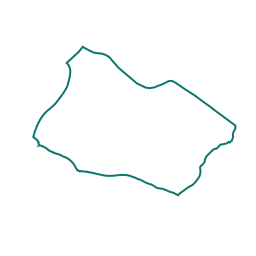 the district of Ahwar, Abyan, Yemen, rotated 39°
{"feature_id": "15242507B84026195338374", "entity_name": "Ahwar", "entity_type": "district", "adm_level": 2, "iso_a3": "YEM", "parent_name": "Yemen", "parent_adm1": "Abyan", "projection": "equal_earth", "projection_center": [46.668, 13.683], "detail": "fine", "context": "isolated", "style": "outline", "palette": "teal", "viewbox_px": 256, "rotation_deg": 39, "n_neighbors": 0, "source": "geoboundaries", "source_scale": "gbopen_adm2", "svg_char_len": 5521}
<svg xmlns="http://www.w3.org/2000/svg" viewBox="0 0 256 256"><g transform="rotate(39 128 128)"><path d="M60.2,194.7L60.5,194.7L61.2,194.5L61.9,194.5L62.1,194.5L62.3,194.7L62.6,194.5L64.9,194.6L65.3,194.7L65.6,194.9L66.0,194.9L66.6,195.0L67.1,195.2L67.5,195.3L67.7,195.6L67.7,195.8L67.7,196.1L68.0,196.2L68.3,196.4L68.7,196.6L68.9,196.8L69.2,196.8L69.3,196.9L69.7,197.3L69.9,197.3L69.9,197.5L70.1,197.2L70.4,197.1L70.8,196.8L71.5,196.5L72.1,196.3L72.5,196.1L73.0,196.1L73.6,195.9L74.1,195.8L75.0,195.6L75.8,195.4L76.8,195.2L77.1,195.2L77.3,195.2L77.6,195.2L77.8,195.3L78.0,195.3L78.2,195.2L78.7,195.2L79.7,195.0L79.8,195.1L79.9,195.3L80.2,195.2L81.5,195.1L82.0,194.9L82.7,194.7L82.9,194.7L83.1,194.6L83.7,194.6L83.9,194.4L84.4,194.3L84.7,194.2L85.0,194.0L85.3,194.0L85.6,194.0L85.9,194.1L86.0,194.1L86.1,193.9L86.5,193.7L87.0,193.6L87.4,193.4L87.7,193.3L88.1,193.2L88.6,193.0L88.9,192.8L89.1,192.8L89.3,192.6L90.6,192.1L91.8,191.8L92.2,191.6L92.8,191.4L93.1,191.4L94.1,191.2L94.4,191.1L95.0,191.1L95.8,190.8L97.1,190.4L97.4,190.3L97.8,190.2L98.2,190.0L98.3,190.0L98.5,190.0L98.8,189.8L99.0,189.9L99.6,189.8L100.4,189.6L100.6,189.6L100.9,189.5L101.1,189.5L101.8,189.4L101.9,189.5L102.1,189.5L102.5,189.4L102.8,189.5L103.4,189.5L104.2,189.6L105.2,189.6L105.7,189.8L106.6,189.8L108.1,190.1L109.1,190.4L109.3,190.5L109.5,190.5L110.0,190.7L110.2,190.8L110.8,191.1L111.3,191.2L111.7,191.4L112.6,191.8L113.2,192.1L114.0,192.3L114.3,192.4L114.6,192.4L115.1,192.4L115.2,192.6L115.3,192.5L115.5,192.5L116.7,192.2L117.3,191.9L117.5,191.9L117.6,192.0L117.7,191.8L117.9,191.8L118.1,191.5L118.3,191.5L118.3,191.4L118.5,191.3L119.2,190.7L121.0,189.6L122.1,188.9L122.3,188.8L122.7,188.5L123.3,188.2L123.8,187.8L124.1,187.7L124.3,187.5L124.5,187.5L124.9,187.2L125.1,187.2L125.6,186.9L126.2,186.5L127.1,186.1L127.8,185.7L128.7,185.2L129.3,184.9L131.0,184.0L131.6,183.8L132.5,183.3L133.6,182.8L134.3,182.4L134.8,182.2L135.0,182.1L136.5,181.3L138.2,180.5L139.1,180.0L139.7,179.6L140.0,179.5L142.0,178.2L143.5,177.0L145.7,175.2L148.3,172.7L150.5,170.4L152.7,168.3L152.9,168.2L153.1,168.0L153.5,167.7L153.9,167.4L155.0,166.5L155.9,165.9L156.3,165.7L156.5,165.6L157.2,165.1L157.4,165.0L157.7,164.9L158.8,164.3L159.8,163.9L160.7,163.6L161.7,163.2L162.3,163.0L162.5,162.9L162.9,162.8L163.5,162.6L164.2,162.4L164.8,162.1L165.2,162.0L165.7,161.9L166.0,161.8L166.4,161.8L166.6,161.7L167.2,161.6L167.6,161.6L167.8,161.5L168.1,161.2L168.7,161.1L168.8,161.0L169.2,160.9L169.6,160.7L170.1,160.6L170.6,160.4L171.1,160.3L172.0,160.0L172.6,159.9L174.3,159.7L174.7,159.6L175.9,159.3L177.2,158.9L179.2,158.3L181.2,157.4L181.5,157.4L182.2,157.1L182.6,157.0L183.5,156.9L184.1,156.8L186.8,156.5L187.0,156.5L187.9,156.4L188.4,156.2L188.9,156.1L189.5,155.8L189.9,155.5L190.3,155.1L190.6,154.9L190.9,154.8L192.0,154.1L193.0,153.7L193.8,153.4L194.5,153.0L195.1,152.8L195.4,152.7L195.5,152.7L196.2,152.5L196.7,152.3L197.2,152.2L198.4,151.8L198.9,151.8L199.8,151.5L200.8,151.2L201.9,150.7L202.3,150.6L202.7,150.4L203.2,150.2L203.6,150.0L204.2,149.8L204.8,149.6L205.2,149.6L205.6,149.5L205.9,149.4L206.3,149.3L207.3,149.2L207.8,149.0L209.2,148.8L209.3,146.7L210.9,140.8L211.7,137.8L211.9,137.1L212.2,136.2L212.8,134.3L213.7,132.6L214.2,130.4L214.3,129.0L214.4,127.6L214.4,126.5L214.4,125.1L214.2,123.0L214.0,120.8L213.5,119.3L212.9,118.1L212.4,117.1L211.2,115.7L209.0,113.4L208.5,112.3L208.4,111.8L209.0,109.8L209.0,108.1L208.8,105.9L208.1,104.8L207.4,103.2L207.0,101.8L206.9,100.3L206.9,99.0L207.4,95.0L207.8,91.2L208.1,90.5L208.6,89.9L209.2,88.9L210.0,87.8L210.0,86.9L210.1,86.0L210.3,82.8L214.2,78.2L215.0,75.4L216.1,75.4L216.2,74.4L216.6,72.2L215.3,68.8L213.4,66.9L212.5,64.7L212.1,62.2L211.6,60.7L210.6,59.5L210.0,58.5L182.0,59.8L181.9,59.6L171.8,60.2L164.7,60.5L158.5,60.8L149.0,61.9L136.5,62.9L132.5,63.7L130.1,65.9L127.8,71.2L122.8,80.0L120.0,83.2L116.5,85.4L115.9,85.6L107.1,87.7L82.9,87.2L71.8,85.3L70.0,84.7L69.4,84.8L68.9,84.8L68.4,84.8L67.8,84.8L67.4,84.8L66.8,85.0L66.2,85.0L65.6,85.1L65.0,85.2L64.4,85.4L63.9,85.5L63.5,85.7L63.0,85.9L62.5,86.0L61.9,86.3L61.5,86.4L61.1,86.6L60.6,86.9L60.1,87.1L59.6,87.5L59.2,87.8L58.7,88.1L58.5,88.3L58.3,88.4L57.9,88.6L57.4,88.9L57.0,89.2L56.6,89.5L56.1,89.7L55.7,90.0L55.2,90.2L54.7,90.5L54.3,90.7L53.8,90.9L53.4,91.1L52.9,91.2L52.4,91.4L51.9,91.5L51.4,91.6L50.9,91.7L50.3,91.8L49.8,92.0L49.3,92.1L48.8,92.2L48.3,92.2L47.9,92.3L47.4,92.4L47.0,92.5L46.5,92.6L46.0,92.8L45.5,92.9L45.1,92.9L44.6,93.0L44.0,93.1L43.5,93.1L43.0,93.2L42.6,93.3L42.1,93.4L41.8,93.4L41.8,99.7L39.4,116.0L39.5,116.0L40.0,116.2L40.6,116.2L41.1,116.4L41.5,116.4L42.0,116.5L42.4,116.7L42.9,116.8L43.3,117.1L43.8,117.3L44.2,117.6L44.7,117.8L45.1,118.1L45.5,118.5L46.0,118.8L46.4,119.1L46.8,119.4L47.1,119.8L47.5,120.2L47.9,120.7L48.2,121.2L48.5,121.7L48.8,122.2L49.1,122.7L49.4,123.1L49.8,123.6L50.1,124.1L50.3,124.6L50.7,125.0L50.9,125.6L51.2,126.1L51.4,126.6L51.6,127.2L51.9,127.8L52.2,128.3L52.4,128.9L52.7,129.5L52.9,130.0L53.1,130.6L53.9,132.0L54.9,135.1L55.9,142.2L56.2,151.2L56.2,155.4L55.4,161.0L54.5,165.2L54.1,168.5L54.0,171.6L54.1,172.2L54.1,172.8L54.2,173.5L54.2,174.2L54.3,174.8L54.3,175.5L54.4,176.1L54.4,176.8L54.6,177.4L54.7,178.0L54.9,178.6L55.0,179.3L55.1,179.9L55.2,180.5L55.3,181.1L55.5,181.7L55.6,182.3L55.8,182.9L56.0,183.5L56.2,184.1L56.3,184.6L56.7,185.8L56.9,186.3L57.1,187.0L57.2,187.6L57.3,187.8L57.5,188.6L57.7,189.1L57.9,189.6L58.0,189.8L58.2,190.3L58.4,190.8L58.7,191.4L58.9,191.9L59.0,192.2L59.1,192.5L59.3,193.0L59.6,193.5L59.9,194.0L60.0,194.4L60.2,194.7Z" fill="none" stroke="#0f766e" stroke-width="2"/></g></svg>